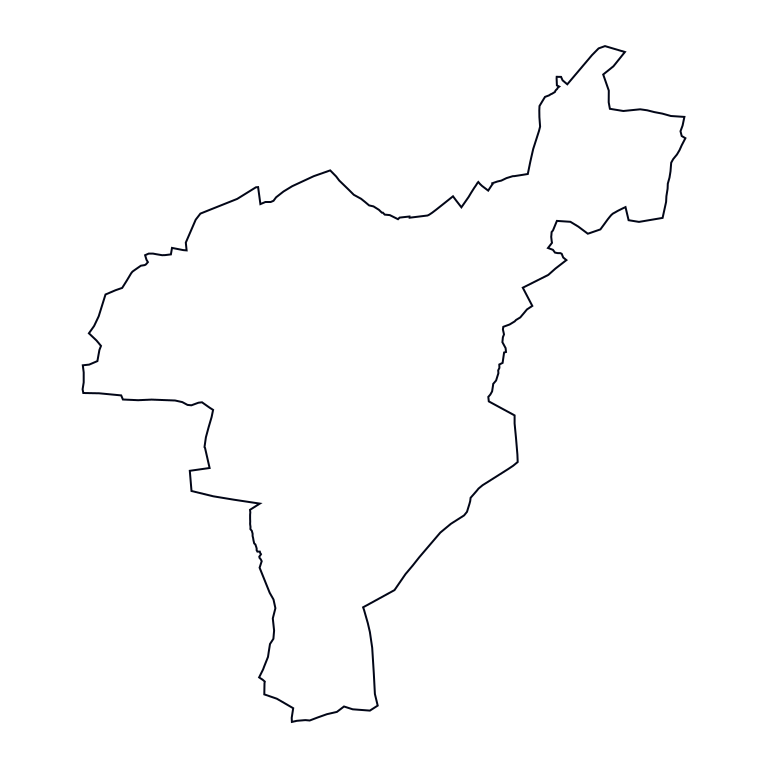 Batagarawa, Katsina, Nigeria (Robinson projection)
{"feature_id": "59680162B37340403082689", "entity_name": "Batagarawa", "entity_type": "district", "adm_level": 2, "iso_a3": "NGA", "parent_name": "Nigeria", "parent_adm1": "Katsina", "projection": "robinson", "projection_center": [7.596, 12.868], "detail": "fine", "context": "isolated", "style": "outline", "palette": "ink", "viewbox_px": 768, "rotation_deg": 0, "n_neighbors": 0, "source": "geoboundaries", "source_scale": "gbopen_adm2", "svg_char_len": 4118}
<svg xmlns="http://www.w3.org/2000/svg" viewBox="0 0 768 768"><path d="M88.9,333.3L96.5,340.5L101.0,345.9L99.4,350.0L97.4,361.1L89.2,364.6L82.8,365.3L83.7,372.4L83.7,382.4L82.6,389.3L83.3,393.0L99.2,393.3L121.2,395.4L122.9,399.5L138.1,400.2L151.6,399.6L175.1,400.5L182.3,402.1L187.5,404.9L191.4,405.3L198.5,402.7L202.0,402.3L209.8,407.8L213.1,409.9L211.6,417.1L208.6,427.3L205.9,437.3L204.5,447.1L205.0,447.8L209.6,468.0L189.8,470.8L191.5,491.0L213.3,496.3L233.9,499.7L259.8,503.6L250.0,509.8L250.3,512.4L250.1,514.8L250.1,518.6L250.2,521.5L250.1,524.0L250.5,526.9L250.4,529.1L251.8,530.8L252.6,533.7L252.6,536.0L253.1,538.0L253.5,540.4L254.2,543.4L255.4,544.5L256.4,547.5L256.7,548.8L256.6,550.1L257.4,551.6L259.8,551.6L260.2,553.0L261.0,554.2L260.5,555.0L259.3,556.6L259.5,557.8L260.8,559.4L261.7,561.2L259.6,567.7L269.7,592.8L273.5,599.5L275.4,608.2L272.8,618.4L274.1,630.6L273.4,638.8L270.0,644.0L268.8,651.5L268.0,656.9L264.1,666.7L263.1,669.4L259.1,677.4L263.0,680.0L264.8,681.6L264.5,683.1L264.3,694.4L276.8,698.7L293.2,708.2L291.7,717.9L291.9,721.9L296.9,720.8L305.4,720.1L309.7,720.5L317.6,717.5L326.9,714.2L336.9,711.9L344.0,706.5L352.7,709.3L369.9,710.6L377.7,705.6L374.9,694.0L373.8,673.3L372.2,647.8L369.9,632.1L367.8,623.1L364.0,609.8L363.1,607.3L394.5,590.1L405.5,574.1L412.9,565.3L419.3,557.2L440.3,532.6L450.9,523.8L464.1,515.4L467.0,511.8L468.6,506.6L469.5,503.7L470.2,501.1L470.6,497.8L476.9,490.6L478.5,488.6L482.6,485.2L508.1,469.1L513.2,465.7L517.7,462.0L517.4,454.6L516.0,438.0L514.6,423.5L514.6,415.4L488.8,401.4L488.3,396.9L490.3,394.6L492.1,391.4L493.1,385.0L493.2,383.9L496.1,380.5L497.6,375.7L498.4,373.2L498.2,370.4L499.4,367.9L499.3,364.5L502.6,362.9L504.1,352.5L506.0,352.0L505.6,348.1L502.4,342.2L502.9,337.2L504.0,334.4L502.9,329.4L503.3,326.8L509.6,324.5L514.7,321.4L516.0,320.0L520.3,317.4L527.0,309.4L532.3,305.9L522.8,287.7L548.3,274.9L555.4,268.6L566.4,260.1L563.2,257.5L561.7,253.8L560.3,253.1L557.6,253.1L555.0,252.6L552.9,249.8L548.0,248.0L552.0,242.8L551.7,241.2L551.2,236.8L551.4,235.1L551.6,232.1L553.0,230.4L556.9,220.9L570.4,221.8L578.3,226.6L587.8,233.7L589.7,233.1L600.4,229.4L605.3,222.7L607.7,219.4L609.6,217.0L611.2,215.1L612.9,213.6L615.1,212.4L617.7,210.9L622.5,208.5L625.5,207.1L628.6,220.2L639.0,221.9L662.6,217.9L666.1,201.9L666.4,196.2L667.6,188.7L667.8,183.7L669.5,177.6L670.5,171.4L671.2,162.7L673.2,159.1L675.8,155.9L676.9,154.6L679.5,150.2L681.7,145.3L685.4,138.2L681.7,136.0L680.5,131.2L682.6,125.5L684.4,116.9L670.9,116.0L662.3,113.6L654.4,112.1L647.2,110.3L640.2,109.3L623.3,111.0L609.9,108.8L609.5,106.7L608.7,102.3L608.8,90.6L603.2,74.5L613.5,66.2L624.9,52.0L605.0,46.1L598.6,48.4L592.0,55.1L567.3,84.3L564.3,81.8L563.3,80.9L562.7,80.5L562.4,79.9L561.5,77.9L561.1,76.9L556.7,76.8L556.6,78.3L556.9,85.4L559.2,86.6L557.9,87.6L557.1,89.0L556.0,90.0L555.3,91.0L554.9,92.0L552.1,93.7L550.7,94.3L549.0,95.4L545.0,96.9L542.0,101.8L539.5,106.0L539.3,110.4L539.4,117.1L540.1,126.6L539.0,130.9L533.2,149.0L531.3,157.3L530.1,162.7L529.5,165.7L527.8,174.0L521.6,175.0L514.5,176.1L512.7,176.2L506.5,178.1L501.3,180.6L497.4,181.5L494.5,182.5L492.2,183.3L492.5,184.3L492.2,184.5L488.2,190.6L482.0,185.9L480.0,184.0L478.3,182.0L477.5,182.9L475.8,185.6L474.2,187.9L471.1,192.8L468.6,197.0L461.4,207.3L456.2,200.6L453.0,196.3L444.6,203.0L436.4,209.5L432.2,212.7L429.2,214.7L427.6,215.5L416.2,216.9L409.6,217.7L409.5,216.5L399.6,217.6L398.0,219.2L389.8,215.1L384.7,214.6L382.9,212.7L381.9,212.7L378.9,209.8L373.5,206.4L369.1,205.4L365.2,202.1L361.1,198.8L353.8,194.8L348.8,189.8L339.2,180.5L336.2,176.5L330.2,170.4L313.7,176.2L292.2,186.2L283.5,191.5L276.1,197.3L273.5,200.8L270.7,202.0L265.4,202.0L260.4,204.1L258.1,187.1L255.9,187.3L237.2,198.9L209.1,210.1L200.4,213.6L195.7,219.7L185.8,242.6L186.6,250.4L183.2,250.1L172.0,247.9L170.9,254.4L165.1,255.1L162.1,255.2L159.8,254.8L156.2,254.2L153.0,253.6L148.7,253.6L145.1,255.2L146.5,259.8L147.9,262.1L147.0,263.2L145.8,264.5L144.7,265.1L140.9,265.7L134.7,270.0L132.5,271.6L131.2,273.2L126.9,280.4L122.2,287.9L115.6,290.2L105.5,294.5L98.7,316.3L94.1,326.0L88.9,333.3Z" fill="none" stroke="#020617" stroke-width="2"/></svg>